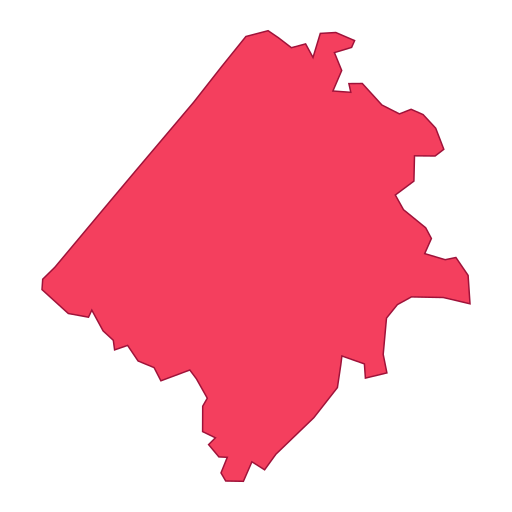 Caroline, Virginia, United States of America (Mercator projection)
{"feature_id": "52423323B80552302614844", "entity_name": "Caroline", "entity_type": "district", "adm_level": 2, "iso_a3": "USA", "parent_name": "United States of America", "parent_adm1": "Virginia", "projection": "mercator", "projection_center": [-77.316, 38.015], "detail": "fine", "context": "isolated", "style": "filled", "palette": "rose", "viewbox_px": 512, "rotation_deg": 0, "n_neighbors": 0, "source": "geoboundaries", "source_scale": "gbopen_adm2", "svg_char_len": 1056}
<svg xmlns="http://www.w3.org/2000/svg" viewBox="0 0 512 512"><path d="M42.7,279.2L42.0,289.6L68.3,313.5L88.5,317.2L91.8,310.1L103.1,330.9L113.3,340.3L114.6,349.9L127.6,345.4L138.1,361.0L154.1,367.6L160.9,380.8L189.8,370.0L196.4,378.8L207.3,398.2L202.7,406.2L202.6,431.6L215.4,437.8L208.6,444.6L218.9,456.9L227.3,457.3L221.0,472.9L225.7,481.0L243.4,481.3L251.9,461.8L264.6,469.8L275.9,454.2L313.8,417.7L337.4,387.6L340.8,364.8L341.9,356.0L364.4,363.9L365.4,378.1L386.9,372.9L383.2,354.4L386.5,318.1L397.4,304.6L411.4,296.9L443.3,297.5L470.0,303.8L468.1,275.4L455.9,257.5L445.2,259.7L424.7,253.6L431.4,238.5L425.7,227.8L403.5,209.7L395.3,195.0L413.9,181.1L414.5,155.8L435.1,156.0L443.8,149.3L435.7,128.2L423.1,114.6L411.1,109.3L399.4,113.9L381.9,105.0L362.3,83.5L348.9,83.6L350.8,92.3L332.9,91.0L341.7,70.5L334.4,52.6L351.6,47.4L354.6,40.6L335.8,32.5L320.3,33.4L313.0,57.5L305.6,43.9L291.4,47.7L278.5,37.8L268.1,30.7L245.9,36.5L221.4,66.9L193.7,102.2L135.5,171.0L110.6,200.6L54.9,267.2L42.7,279.2Z" fill="#f43f5e" stroke="#9f1239" stroke-width="1.5"/></svg>